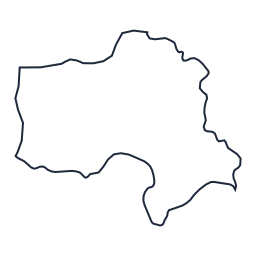 map outline of Hakkari (Equal Earth projection)
{"feature_id": "TUR-3047", "entity_name": "Hakkari", "entity_type": "Province", "adm_level": 1, "iso_a3": "TUR", "parent_name": "Turkey", "parent_adm1": "", "projection": "equal_earth", "projection_center": [44.217, 37.441], "detail": "fine", "context": "isolated", "style": "outline", "palette": "slate", "viewbox_px": 256, "rotation_deg": 0, "n_neighbors": 0, "source": "natural_earth", "source_scale": "10m", "svg_char_len": 1792}
<svg xmlns="http://www.w3.org/2000/svg" viewBox="0 0 256 256"><path d="M33.9,168.6L31.3,167.5L24.1,161.2L17.7,157.9L15.6,156.1L17.7,151.8L21.7,140.8L23.0,122.9L17.9,109.3L15.4,98.2L18.6,86.3L19.7,67.5L40.7,67.3L61.5,63.8L65.9,61.3L70.4,59.4L76.9,60.5L83.3,63.2L93.4,63.3L103.4,61.2L111.9,55.7L116.0,44.6L122.3,33.1L133.6,30.6L147.3,32.3L146.9,33.9L149.6,38.4L155.0,39.3L165.1,38.1L167.0,38.7L172.6,41.5L174.3,42.7L175.2,44.6L175.8,47.0L176.7,49.5L178.4,51.9L179.6,52.3L180.7,51.9L181.7,51.7L182.9,52.6L183.0,53.6L182.4,56.9L182.3,58.2L183.4,60.5L185.6,60.7L188.1,59.8L190.1,58.6L194.4,58.1L198.7,60.2L202.6,63.8L208.4,71.1L208.7,73.0L207.1,75.7L201.7,80.3L200.4,82.1L199.8,88.3L202.9,92.0L206.4,94.8L207.1,98.4L205.6,102.5L204.6,107.6L204.3,112.7L205.2,116.9L205.8,120.4L203.7,126.6L204.7,129.9L206.8,131.2L212.6,131.8L215.0,133.7L217.2,139.6L218.7,141.3L224.4,140.4L225.8,142.3L226.8,145.2L228.1,148.0L237.1,154.1L240.6,158.5L240.2,165.1L238.3,167.7L236.2,169.0L234.2,170.7L233.2,174.4L233.7,178.6L235.2,182.1L236.1,185.6L235.2,189.6L233.2,186.1L230.1,184.4L213.7,181.9L210.8,182.1L205.8,184.6L199.7,189.3L194.1,194.8L190.3,199.9L186.4,203.2L182.3,205.6L169.0,210.2L167.7,212.5L167.2,215.8L164.7,220.2L163.3,223.7L161.8,225.2L159.8,225.4L153.3,223.6L151.9,222.4L150.9,220.2L144.6,205.1L143.4,200.8L143.5,196.4L144.9,192.2L147.5,188.6L149.5,187.4L151.3,187.1L152.8,186.3L154.1,183.9L154.3,181.9L154.2,179.3L153.4,174.8L152.0,170.0L150.2,166.4L147.6,163.7L144.1,161.2L129.0,154.6L126.1,154.1L120.8,153.2L113.8,154.4L108.0,159.5L103.4,166.6L98.6,172.5L90.2,174.1L87.4,177.1L85.4,177.7L84.3,176.9L80.9,173.4L79.4,172.3L75.7,171.3L71.6,170.9L55.5,172.0L51.8,171.5L47.8,169.8L45.0,167.5L43.7,166.8L41.7,166.5L39.7,166.8L35.9,168.4L33.9,168.6Z" fill="none" stroke="#1e293b" stroke-width="2"/></svg>